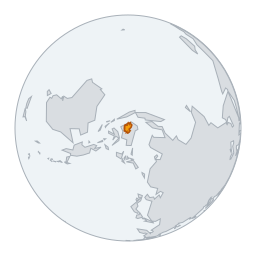 Kalimantan Tengah highlighted on a globe, orthographic projection, rotated 146°
{"feature_id": "IDN-1931", "entity_name": "Kalimantan Tengah", "entity_type": "Province", "adm_level": 1, "iso_a3": "IDN", "parent_name": "Indonesia", "parent_adm1": "", "projection": "orthographic", "projection_center": [113.429, -1.416], "detail": "fine", "context": "on_globe", "style": "filled", "palette": "amber", "viewbox_px": 256, "rotation_deg": 146, "n_neighbors": 0, "source": "natural_earth", "source_scale": "10m", "svg_char_len": 9044}
<svg xmlns="http://www.w3.org/2000/svg" viewBox="0 0 256 256"><g transform="rotate(146 128 128)"><circle cx="128" cy="128" r="113" fill="#eef3f6" stroke="#a8b0b8"/><path d="M227.3,158.1L227.2,158.9L227.1,159.0L227.3,158.1ZM191.0,34.7L192.9,36.2L189.0,33.3L191.0,34.7ZM186.2,31.6L186.3,31.7L184.0,30.3L182.8,29.8L180.1,28.3L177.7,26.9L175.9,26.0L176.1,26.2L173.5,25.2L173.4,24.9L168.9,23.2L165.8,21.9L176.2,26.2L186.2,31.6ZM233.1,87.5L233.1,87.4L233.0,87.2L233.0,87.3L233.1,87.5ZM232.9,87.0L233.0,87.1L232.9,87.0ZM232.4,85.9L232.2,85.6L232.2,85.3L232.4,85.9ZM183.1,30.0L183.9,30.5L183.0,30.0L183.1,30.0ZM177.9,27.4L176.0,26.7L177.5,27.1L177.9,27.4ZM174.7,26.1L170.3,24.6L171.7,25.5L165.1,22.5L171.1,24.5L172.6,24.9L173.0,25.3L174.7,26.1ZM162.2,21.3L160.7,20.8L161.8,21.0L162.2,21.3ZM32.7,68.0L31.8,70.0L33.0,69.6L39.9,60.3L37.9,60.6L41.1,56.3L45.6,52.3L47.9,52.7L49.2,51.1L50.8,47.6L54.4,44.8L51.7,46.2L50.5,47.8L48.8,48.9L49.8,47.6L51.0,46.6L51.2,46.0L45.3,51.7L43.4,53.8L42.4,54.7L48.8,47.9L55.7,41.6L63.2,35.9L71.0,30.8L72.0,30.3L72.4,30.1L81.8,25.3L91.6,21.4L91.8,21.3L86.8,23.7L83.7,24.8L84.0,24.4L79.7,26.6L82.0,25.5L81.5,26.0L85.4,24.4L85.2,24.7L89.3,22.8L89.5,23.0L86.9,24.2L92.9,22.5L94.5,22.8L96.0,22.3L97.1,21.7L98.3,22.8L99.3,22.4L99.3,21.9L101.3,20.9L105.4,19.7L105.6,20.1L104.2,20.6L101.5,22.5L97.6,24.0L98.1,24.1L101.5,22.9L104.8,20.6L107.2,19.8L106.1,20.7L106.7,20.3L107.9,20.1L109.3,20.3L110.8,19.3L124.2,17.4L128.3,18.1L125.8,18.9L135.5,19.2L139.4,20.8L139.3,20.2L143.9,20.4L142.8,19.9L143.1,19.7L154.4,21.0L157.2,21.9L162.0,22.5L162.0,22.3L160.2,21.6L165.1,22.5L171.7,25.5L171.4,25.7L175.8,27.8L174.4,28.2L175.3,29.8L171.4,29.7L172.5,31.3L174.1,31.9L176.7,34.9L176.7,39.2L169.7,32.7L168.4,27.3L168.3,29.0L166.2,27.9L164.9,28.1L165.1,29.7L166.4,30.3L155.9,30.2L152.0,34.6L157.4,35.2L160.3,37.5L160.6,44.8L149.1,53.9L152.9,58.4L152.9,61.1L149.0,62.2L148.9,58.2L145.3,56.4L145.9,54.2L139.6,55.1L140.2,52.1L135.0,54.7L136.5,57.3L141.9,57.3L137.2,61.3L142.1,66.5L142.2,72.3L132.5,81.8L123.2,84.3L122.5,86.3L119.0,83.8L114.1,87.3L120.2,99.2L119.9,102.5L112.0,108.4L111.9,105.9L102.7,99.3L100.7,107.3L107.6,114.4L110.0,122.7L104.5,119.9L102.2,112.6L98.9,110.1L100.1,103.0L97.8,92.7L92.3,94.4L93.0,90.3L89.1,82.0L81.3,84.4L68.8,94.9L66.7,105.5L62.6,110.2L58.5,94.9L59.5,85.0L56.3,86.0L53.5,77.9L43.9,77.7L44.0,75.3L41.8,76.5L40.2,74.2L41.0,70.4L39.2,70.7L37.5,81.0L39.5,80.7L43.3,76.6L42.3,80.4L44.1,83.7L36.6,93.2L24.8,102.4L26.2,94.6L30.5,74.6L31.8,72.3L31.9,72.1L32.1,71.6L29.9,75.3L31.5,71.6L26.4,85.2L24.4,91.4L24.5,102.9L23.9,104.2L24.7,106.6L30.4,103.3L29.9,105.9L25.6,118.6L20.0,136.4L22.2,148.2L24.3,158.5L24.1,165.6L27.5,173.5L27.8,176.5L30.1,181.0L32.2,186.0L34.6,190.8L34.7,191.1L30.4,184.2L26.6,177.0L23.3,169.6L20.6,161.9L18.4,154.1L16.8,146.1L15.8,138.0L15.4,129.9L15.5,121.8L16.3,113.6L17.6,105.6L19.5,97.7L22.0,89.9L25.0,82.4L28.6,75.1L32.7,68.0ZM47.6,58.4L50.7,58.8L53.9,53.3L55.3,53.1L55.9,51.4L54.1,52.9L56.1,48.5L59.1,47.0L61.0,44.9L60.1,44.7L54.3,48.1L51.4,54.3L48.7,56.5L47.6,58.4ZM38.2,61.9L36.5,63.7L36.9,62.9L37.4,62.4L38.2,61.9ZM36.3,62.6L35.8,63.3L36.0,63.1L36.3,62.6ZM75.8,211.2L78.2,212.6L76.8,212.7L75.8,211.2ZM31.2,156.4L34.5,174.5L32.4,174.7L29.8,169.4L27.0,158.5L28.6,155.3L28.8,150.3L31.2,156.4ZM138.7,144.0L142.2,144.8L142.1,145.3L138.7,144.0ZM135.1,141.8L139.1,142.3L134.4,142.9L135.1,141.8ZM140.6,142.5L144.6,141.8L146.4,141.1L146.0,142.2L140.6,142.5ZM132.4,141.6L118.0,140.5L112.3,138.7L113.6,136.8L122.8,137.9L132.4,141.6ZM113.2,136.7L104.6,130.8L93.1,114.6L97.2,115.0L109.2,125.0L108.5,126.7L113.7,131.3L113.2,136.7ZM134.1,128.1L133.3,133.1L125.3,132.1L121.7,131.0L119.2,124.4L120.6,121.3L123.6,121.6L135.2,111.7L139.2,114.6L135.6,118.9L138.9,123.5L134.1,128.1ZM67.1,106.5L69.0,112.9L66.9,114.0L67.1,106.5ZM140.1,104.7L135.3,108.9L139.7,103.1L140.1,104.7ZM142.8,99.2L143.0,101.5L141.1,99.1L142.8,99.2ZM122.2,89.3L119.1,89.6L119.1,88.0L123.1,86.7L122.2,89.3ZM142.3,77.4L142.0,81.8L141.3,83.3L140.0,80.5L142.3,77.4ZM109.0,18.2L103.1,19.2L99.1,20.2L97.2,21.2L97.3,20.5L103.5,18.8L109.0,18.2ZM122.3,17.3L123.9,16.8L124.9,17.0L124.7,17.2L122.3,17.3ZM122.1,17.0L120.8,16.6L122.9,16.3L123.4,16.7L122.1,17.0ZM111.9,16.7L110.2,16.9L110.9,16.7L111.9,16.7ZM200.7,200.7L201.3,202.0L198.1,205.0L193.9,207.8L190.4,208.1L200.7,200.7ZM172.0,203.9L172.4,199.6L176.7,200.0L174.5,203.4L172.0,203.9ZM203.6,198.6L206.5,195.3L208.1,190.5L207.1,195.1L208.8,195.9L202.1,201.9L203.6,198.6ZM157.5,184.6L135.4,190.4L130.6,189.0L131.9,185.7L127.8,175.1L129.4,175.4L128.6,168.5L141.7,163.3L151.2,153.0L158.3,154.5L163.9,147.2L171.2,148.6L168.9,154.6L176.4,159.9L181.8,146.5L186.0,162.4L191.1,168.9L192.0,179.2L181.3,194.7L175.5,197.1L174.6,195.3L172.1,196.7L168.6,195.4L167.0,189.5L164.5,190.9L167.0,187.0L163.4,190.3L161.8,186.5L157.5,184.6ZM209.7,165.0L210.7,165.7L212.1,168.9L210.5,168.0L209.7,165.0ZM224.8,160.5L225.1,162.0L224.2,161.9L224.8,160.5ZM227.1,159.0L225.9,159.1L227.3,158.1L227.1,159.0ZM215.4,157.3L215.8,158.4L215.4,158.6L215.4,157.3ZM215.0,156.8L215.7,155.4L215.5,157.0L215.0,156.8ZM210.6,147.3L211.2,146.7L211.5,147.4L210.6,147.3ZM147.3,145.3L152.1,141.8L154.8,141.8L147.3,145.3ZM209.7,145.5L208.2,145.0L208.3,144.2L209.7,145.5ZM209.9,143.6L209.7,142.4L210.6,145.3L209.9,143.6ZM206.9,140.4L208.8,142.8L206.7,140.6L206.9,140.4ZM205.8,140.4L204.4,139.2L204.5,138.9L205.8,140.4ZM189.8,138.9L195.0,146.5L190.8,145.5L186.0,140.6L182.2,143.9L173.7,142.0L175.6,139.9L174.5,136.1L165.6,133.5L163.8,130.9L167.0,129.7L161.1,127.2L167.5,126.9L170.2,132.0L173.8,128.8L180.1,130.6L186.1,133.2L191.0,137.6L189.8,138.9ZM167.6,137.5L168.7,137.6L167.7,138.9L167.6,137.5ZM201.7,136.0L203.7,138.8L203.5,139.3L202.5,138.8L201.7,136.0ZM192.1,137.0L197.3,134.0L198.5,134.3L195.1,138.2L192.1,137.0ZM196.1,131.2L198.5,132.2L199.7,134.7L199.2,135.2L196.1,131.2ZM154.4,131.4L154.1,132.7L152.5,131.5L154.4,131.4ZM156.6,130.9L161.6,132.9L156.1,132.0L156.6,130.9ZM141.2,124.8L142.7,128.0L147.4,126.5L143.8,129.0L147.0,134.5L145.9,136.3L142.8,130.4L141.7,136.1L139.6,135.8L138.5,130.7L140.5,124.9L142.6,122.7L151.0,122.5L141.2,124.8ZM156.5,127.1L155.2,123.3L156.2,121.0L157.6,123.1L156.5,127.1ZM151.2,114.3L147.7,109.9L144.5,111.2L151.0,106.2L153.3,111.2L151.2,114.3ZM148.3,105.2L145.3,106.3L148.4,103.4L148.3,105.2ZM144.5,104.9L144.2,102.1L146.6,102.7L144.5,104.9ZM149.9,105.5L150.5,100.9L151.7,103.8L149.9,105.5ZM143.3,96.0L148.3,100.9L141.7,98.3L141.5,89.6L144.4,89.7L143.3,96.0ZM159.8,65.0L159.1,62.8L161.7,62.6L161.4,64.2L159.8,65.0ZM169.6,61.2L162.2,61.9L156.2,63.0L158.0,64.2L156.6,67.7L153.9,63.9L158.2,60.6L162.7,60.5L163.4,57.7L166.8,56.4L166.1,52.9L167.6,51.7L169.6,55.0L169.6,61.2ZM165.6,51.4L165.7,45.9L170.5,47.5L171.6,49.1L169.5,50.9L167.1,49.9L165.6,51.4ZM167.1,45.1L164.8,44.2L159.9,36.2L160.0,35.1L166.3,41.5L164.4,41.0L164.8,42.9L167.1,45.1ZM161.1,21.1L160.8,20.9L161.9,21.3L161.1,21.1ZM142.4,19.4L143.0,19.2L144.4,19.5L142.4,19.4ZM145.5,18.8L143.6,18.5L145.6,18.6L145.5,18.8ZM139.2,18.1L142.7,18.4L139.4,18.5L139.2,18.1Z" fill="#d9dde1" stroke="#a8b0b8" stroke-width="1"/><path d="M129.7,132.0L129.7,131.9L129.8,131.7L129.7,131.7L129.6,131.8L129.4,131.9L129.3,131.7L129.2,131.8L128.9,132.0L128.6,132.0L128.4,132.0L128.4,131.9L128.4,131.7L128.3,131.4L128.2,131.4L128.1,131.5L127.9,131.6L127.8,131.4L127.8,131.6L127.7,131.5L127.6,131.4L127.5,131.2L127.4,131.2L127.2,131.0L127.1,131.3L126.5,131.9L126.4,131.9L126.3,132.0L126.2,132.0L126.0,131.8L125.9,131.7L125.6,131.8L125.4,131.9L125.1,132.1L124.9,132.2L124.9,131.9L124.8,131.5L124.8,131.4L124.9,131.2L124.7,130.9L124.7,130.7L124.6,130.8L124.6,131.0L124.4,131.1L124.2,131.0L123.9,131.0L123.4,131.2L123.2,131.3L122.9,131.2L123.0,131.0L123.1,130.9L123.3,130.8L123.3,130.7L123.5,130.6L123.5,130.4L123.5,130.1L123.5,129.9L123.3,129.4L123.2,129.3L123.2,129.2L123.3,128.9L123.3,128.7L123.2,128.5L123.1,128.4L123.2,128.2L123.3,128.2L123.5,128.2L123.8,128.0L123.9,127.9L124.0,127.8L124.0,127.7L124.3,127.6L124.4,127.4L124.5,127.3L124.5,127.2L124.9,127.0L125.1,126.8L125.3,126.8L125.4,126.7L125.7,126.7L125.8,126.7L126.1,126.6L126.3,126.6L126.7,126.5L126.7,126.4L126.9,126.3L127.0,126.3L127.2,126.2L127.3,126.2L127.5,126.1L127.6,126.3L127.7,126.2L127.8,126.1L127.7,126.0L127.7,125.9L127.8,125.7L128.0,125.6L128.1,125.4L128.1,125.2L127.9,124.9L127.8,124.7L128.0,124.7L128.3,124.7L128.4,124.4L128.5,124.3L128.5,124.2L128.9,124.1L129.1,124.0L129.2,123.9L129.3,123.9L129.5,123.9L129.5,124.0L129.9,124.1L130.4,124.0L130.5,124.0L130.5,123.9L130.8,123.8L131.0,123.8L131.2,124.0L131.1,124.3L131.0,124.5L131.0,124.8L131.1,125.0L131.1,125.3L131.0,125.5L131.3,125.4L131.5,125.2L131.8,125.2L131.7,125.3L131.7,125.5L131.6,125.8L131.7,126.0L131.8,126.4L131.9,126.5L131.9,126.8L132.0,126.8L132.0,127.0L132.3,127.1L132.4,127.3L132.5,127.3L132.7,127.6L132.7,127.8L132.5,128.0L132.4,128.0L132.4,127.9L132.2,128.0L131.9,128.0L131.8,128.7L131.7,128.8L131.8,128.8L131.8,129.0L131.7,129.1L131.5,129.5L131.4,129.5L130.9,129.7L130.8,129.8L130.9,130.0L130.7,130.3L130.7,130.5L130.4,130.6L130.4,130.8L130.2,130.8L130.0,131.1L129.7,132.0Z" fill="#f59e0b" stroke="#b45309" stroke-width="1.5"/></g></svg>